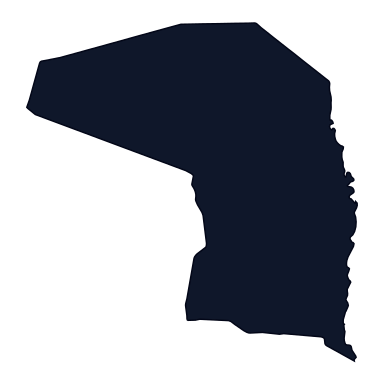 Alto Paraguay, Equal Earth projection
{"feature_id": "PRY-597", "entity_name": "Alto Paraguay", "entity_type": "Department", "adm_level": 1, "iso_a3": "PRY", "parent_name": "Paraguay", "parent_adm1": "", "projection": "equal_earth", "projection_center": [-58.696, -20.855], "detail": "fine", "context": "isolated", "style": "filled", "palette": "ink", "viewbox_px": 384, "rotation_deg": 0, "n_neighbors": 0, "source": "natural_earth", "source_scale": "10m", "svg_char_len": 3228}
<svg xmlns="http://www.w3.org/2000/svg" viewBox="0 0 384 384"><path d="M329.8,118.1L329.9,119.8L330.4,120.2L331.0,120.0L331.6,120.3L332.2,121.0L332.9,122.2L333.1,123.4L330.1,124.7L329.5,126.5L330.0,128.5L331.6,129.9L332.1,129.7L332.4,129.1L332.9,128.4L333.8,128.4L334.3,128.8L334.9,129.6L335.3,130.6L334.6,133.6L334.7,136.4L335.3,139.0L335.9,140.8L337.2,142.7L338.9,144.4L340.7,145.7L342.2,146.1L343.4,147.0L343.2,148.9L341.9,152.0L341.8,154.2L341.8,157.0L342.2,159.6L343.1,162.2L343.1,163.4L343.1,165.7L343.3,167.2L344.3,169.3L344.7,170.5L344.7,171.7L344.0,173.7L344.1,175.0L344.6,176.2L345.3,177.0L346.0,176.8L346.8,173.1L347.8,172.3L349.1,172.5L350.2,173.5L350.5,174.2L351.0,175.8L351.3,176.5L351.8,177.1L353.0,178.2L353.7,179.0L353.9,180.1L353.3,180.9L352.4,181.4L350.6,181.9L350.0,182.5L349.1,183.8L347.9,184.9L347.3,185.9L347.8,186.5L349.9,186.8L351.5,187.2L352.9,188.3L353.8,190.0L354.0,191.9L353.1,193.0L349.8,195.3L349.1,196.7L349.3,197.9L349.9,198.5L350.4,198.7L350.7,198.9L351.1,198.9L352.9,200.9L354.8,203.4L355.3,203.4L355.6,201.5L357.1,203.1L357.2,205.5L356.5,207.9L354.3,212.2L354.4,213.7L355.6,217.0L356.1,221.8L355.8,226.8L354.6,231.4L352.8,234.8L350.5,236.9L350.1,237.7L350.0,239.0L350.4,239.9L350.9,240.4L351.2,241.0L351.9,242.2L353.1,242.6L354.0,243.7L353.4,246.5L348.0,256.9L346.8,260.5L346.5,262.8L346.5,265.2L347.2,267.1L348.7,267.9L349.4,268.8L348.8,270.9L347.8,273.4L347.2,275.2L347.6,277.0L348.4,279.0L349.4,280.5L350.3,281.1L350.7,282.2L347.2,289.3L347.3,291.4L347.6,293.4L347.5,295.4L346.4,297.8L345.8,299.6L346.6,301.2L347.7,302.9L348.3,305.4L347.9,306.7L346.0,311.1L345.3,312.1L345.1,313.1L343.3,319.4L343.2,320.9L343.2,322.5L343.4,323.6L344.4,324.3L343.8,325.3L344.3,329.8L344.9,331.5L344.1,338.2L344.3,340.7L345.0,343.2L345.7,344.5L347.0,345.0L349.0,345.1L350.5,345.6L351.2,346.7L352.0,350.3L355.7,356.0L356.1,357.3L354.6,359.0L354.1,359.8L354.3,361.0L326.7,345.7L325.6,344.8L325.0,343.7L324.4,338.6L323.3,337.6L321.2,336.8L283.7,333.6L279.5,334.2L262.4,332.4L250.1,333.0L248.8,332.9L246.9,332.3L243.9,330.7L234.9,324.5L231.0,321.5L228.7,320.6L199.8,319.2L195.4,320.1L188.0,320.3L187.3,319.9L187.0,318.8L186.9,315.6L185.6,305.7L185.6,304.7L185.8,303.3L186.9,299.0L194.0,258.6L194.3,257.6L194.8,256.6L196.0,255.0L197.2,253.8L205.3,247.6L205.7,247.2L206.0,246.8L206.2,246.4L206.3,245.8L206.4,245.1L206.5,244.1L206.5,243.1L203.1,215.5L202.3,213.2L201.9,212.2L197.5,204.7L195.9,201.0L195.7,200.2L195.6,199.3L195.9,196.5L195.9,195.6L195.9,194.6L195.4,192.1L194.9,190.6L194.0,188.5L192.3,185.7L192.0,185.1L191.9,184.4L191.9,184.0L193.5,175.6L191.4,173.6L185.8,170.6L35.3,114.5L27.8,108.4L26.8,107.3L27.3,105.9L28.3,103.1L29.3,100.3L31.5,92.4L33.7,84.4L35.9,76.5L38.1,68.5L39.6,63.2L40.3,61.9L41.5,61.2L48.7,59.9L50.4,59.5L54.2,58.8L58.0,58.0L59.8,57.7L87.0,50.2L114.2,42.7L141.5,35.1L168.8,27.6L180.9,24.3L187.5,24.2L202.7,23.9L217.9,23.7L233.1,23.4L248.3,23.2L254.9,23.0L256.5,23.6L258.9,25.7L261.2,27.8L265.3,31.0L272.8,37.0L280.3,42.9L287.8,48.8L295.4,54.7L302.9,60.7L310.4,66.6L317.9,72.5L325.4,78.4L328.6,80.9L329.4,82.2L329.7,83.7L329.4,87.3L329.6,90.7L331.0,96.9L331.2,100.3L331.0,102.7L331.1,107.3L331.0,109.5L329.8,115.2L329.8,118.1Z" fill="#0f172a" stroke="#020617" stroke-width="1.5"/></svg>